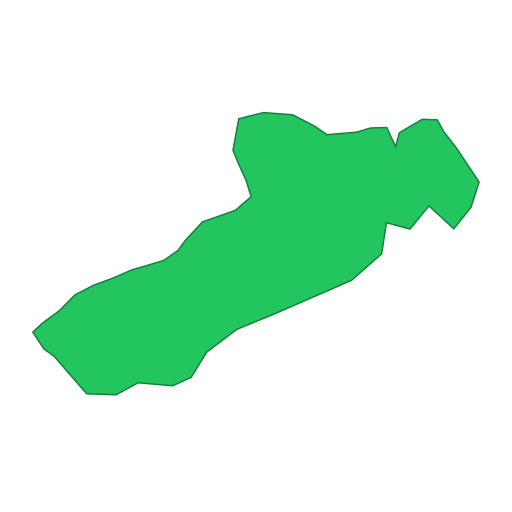 Pano Zodeia, Cyprus (Albers equal-area conic projection), rotated 182°
{"feature_id": "46923920B9088194369426", "entity_name": "Pano Zodeia", "entity_type": "district", "adm_level": 2, "iso_a3": "CYP", "parent_name": "Cyprus", "parent_adm1": "", "projection": "albers", "projection_center": [33.002, 35.145], "detail": "fine", "context": "isolated", "style": "filled", "palette": "green", "viewbox_px": 512, "rotation_deg": 182, "n_neighbors": 0, "source": "geoboundaries", "source_scale": "gbopen_adm2", "svg_char_len": 786}
<svg xmlns="http://www.w3.org/2000/svg" viewBox="0 0 512 512"><g transform="rotate(182 256 256)"><path d="M35.6,337.7L59.3,370.7L72.6,386.7L79.6,398.4L94.7,398.4L116.9,384.3L120.4,370.3L129.8,389.0L146.1,387.9L160.1,383.2L189.3,379.7L202.2,387.9L224.3,398.4L253.5,399.6L278.0,392.6L282.7,360.9L276.9,348.0L268.7,331.6L262.9,315.2L278.0,301.1L289.7,296.4L310.7,288.2L327.0,269.4L334.1,258.9L348.1,248.3L379.6,237.8L399.4,228.4L416.9,221.3L435.6,210.8L450.7,194.4L467.1,181.5L476.4,172.1L464.7,155.7L454.2,148.7L439.0,132.3L420.4,112.4L391.2,112.4L369.3,125.2L334.7,123.4L316.5,132.6L301.9,158.2L272.7,182.0L236.2,198.5L197.9,216.8L159.6,235.1L130.5,262.6L126.8,293.8L103.1,288.3L84.9,312.1L59.3,290.1L42.9,312.0L35.6,337.7Z" fill="#22c55e" stroke="#15803d" stroke-width="1.5"/></g></svg>